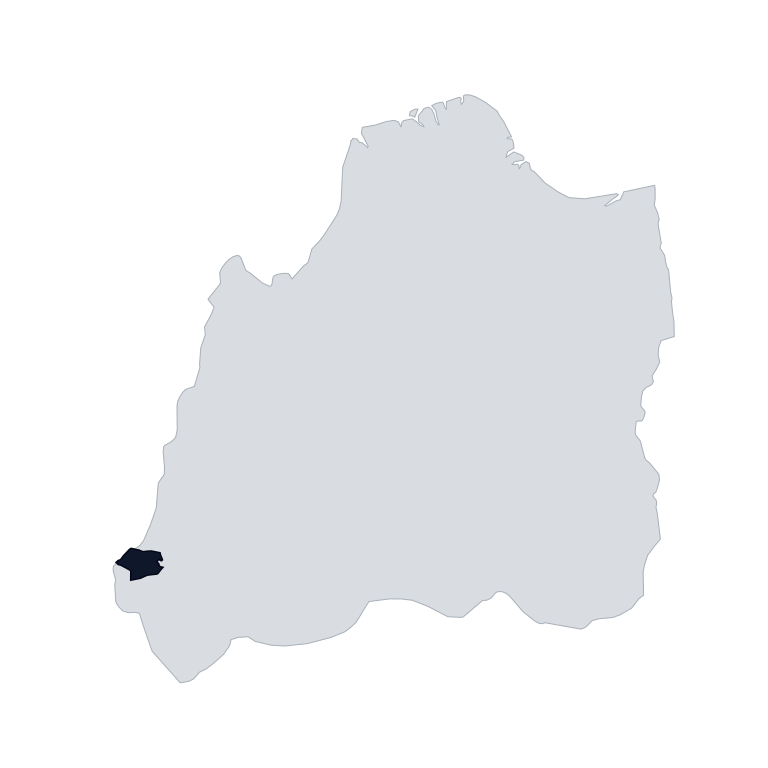 Bama, Borno, Nigeria (highlighted), rotated 171°
{"feature_id": "59680162B41357004175190", "entity_name": "Bama", "entity_type": "district", "adm_level": 2, "iso_a3": "NGA", "parent_name": "Nigeria", "parent_adm1": "Borno", "projection": "robinson", "projection_center": [13.793, 11.51], "detail": "fine", "context": "in_parent", "style": "filled", "palette": "ink", "viewbox_px": 768, "rotation_deg": 171, "n_neighbors": 0, "source": "geoboundaries", "source_scale": "gbopen_adm2", "svg_char_len": 5277}
<svg xmlns="http://www.w3.org/2000/svg" viewBox="0 0 768 768"><g transform="rotate(171 384 384)"><path d="M632.0,120.7L654.8,156.3L659.6,182.8L661.5,195.8L665.2,197.4L672.3,198.1L677.5,200.7L680.6,205.0L682.5,209.1L682.9,211.5L681.4,227.3L679.7,233.1L680.7,240.9L680.4,244.2L679.6,246.5L676.4,249.2L672.1,251.7L661.7,259.3L658.8,260.4L654.5,260.6L650.7,262.5L646.2,266.6L636.6,281.7L628.4,297.0L622.4,321.6L615.1,329.3L613.8,336.2L612.7,351.6L611.6,356.2L610.4,357.6L602.6,360.5L598.1,364.0L595.4,371.0L591.9,394.7L590.7,398.6L588.1,402.7L584.2,407.2L580.7,409.7L571.7,411.3L563.2,429.1L563.1,432.2L559.3,448.4L552.8,460.6L552.3,468.5L544.1,479.2L539.8,486.5L544.2,494.2L544.5,495.4L530.4,508.3L529.5,510.3L529.0,519.2L527.8,521.6L525.2,524.9L521.4,528.5L517.6,531.3L513.2,533.3L509.0,534.0L506.6,532.9L505.3,530.1L503.0,519.2L501.8,516.9L499.0,514.7L488.2,502.7L481.6,498.4L480.2,498.7L479.1,499.9L477.2,506.0L475.4,508.2L471.9,509.0L465.9,509.0L461.5,508.2L460.5,507.0L458.4,502.2L444.9,513.2L440.2,515.7L434.1,528.6L425.6,535.1L419.7,540.7L404.0,558.4L400.8,563.6L397.7,571.4L390.9,604.5L380.0,625.3L378.5,629.7L377.9,629.5L376.5,631.4L372.3,630.2L370.4,626.4L367.8,625.7L363.3,620.1L362.4,621.0L367.1,635.3L365.3,640.9L352.1,641.1L340.6,642.9L332.8,642.8L328.8,640.7L327.1,635.4L326.4,635.9L326.0,638.8L323.5,641.1L314.7,641.5L310.8,637.8L307.7,633.7L304.3,631.9L304.8,633.6L308.7,637.6L308.2,643.4L301.1,650.0L296.6,650.4L293.8,647.6L292.4,642.9L291.7,635.9L289.8,631.4L288.8,631.4L290.0,638.9L290.1,646.0L293.4,651.4L288.2,653.1L282.0,653.3L281.2,651.3L280.4,646.8L279.4,645.6L278.1,653.2L265.3,655.4L263.5,655.0L263.1,653.6L264.1,651.5L263.9,648.1L261.0,650.7L260.6,656.0L258.9,656.9L254.1,656.1L248.8,653.4L240.2,646.7L229.6,635.8L227.9,630.9L224.9,624.9L219.4,608.4L220.4,607.7L222.9,608.6L224.1,607.0L219.7,605.9L218.8,604.7L218.5,601.0L218.7,596.6L225.4,594.2L226.9,591.5L227.9,588.8L219.6,592.9L211.9,588.3L210.3,585.4L211.1,583.3L220.1,583.1L223.2,581.0L221.3,580.2L217.9,580.3L216.6,578.9L216.8,575.5L215.7,576.3L214.2,579.3L209.0,581.5L206.0,579.3L205.7,574.4L205.0,572.1L202.5,570.4L193.5,557.4L182.1,546.5L172.0,539.1L156.7,535.5L124.7,535.6L122.9,534.6L124.9,532.9L127.7,531.7L138.0,525.7L136.3,524.9L125.6,528.7L121.9,529.0L117.1,536.3L85.6,537.9L85.7,534.6L87.1,525.0L89.1,518.4L87.0,510.4L86.5,503.1L87.9,500.9L88.3,498.2L88.1,479.6L89.8,476.8L89.9,474.9L86.7,467.0L86.8,460.9L86.2,455.0L85.1,452.3L86.5,429.6L86.1,424.0L87.2,420.0L87.8,410.2L87.8,400.6L89.9,385.5L103.5,383.5L106.8,377.6L108.7,370.0L108.2,362.6L112.6,356.1L117.9,350.3L117.7,344.0L119.2,342.0L121.7,340.6L125.3,339.8L129.4,336.7L131.7,331.1L133.9,322.3L130.5,316.1L130.6,314.8L132.0,311.5L134.1,308.1L135.8,307.1L139.7,307.9L141.0,306.6L143.6,296.9L143.4,294.2L139.8,287.7L138.0,270.0L136.9,267.7L134.1,264.5L126.7,252.0L126.9,246.1L130.2,238.6L132.3,234.9L135.2,232.9L135.8,231.2L134.9,229.0L133.5,227.4L133.2,224.1L134.7,219.3L134.3,214.1L135.3,187.5L141.4,182.3L150.4,173.6L155.0,164.5L157.5,157.6L160.7,134.7L165.5,132.3L174.5,123.9L186.7,119.1L194.6,117.6L208.4,118.5L215.4,117.7L221.4,113.2L224.1,111.9L227.9,111.1L262.3,123.0L265.4,122.5L268.1,123.3L272.3,126.4L282.4,137.5L293.0,154.7L296.3,158.3L299.6,160.3L302.9,161.0L305.5,160.8L308.0,159.1L311.3,155.9L316.4,154.4L320.6,154.7L342.1,141.6L344.2,141.4L357.4,144.2L375.3,157.4L389.9,166.0L400.2,168.9L412.4,170.9L433.0,171.5L448.7,153.1L454.5,149.1L461.5,145.4L476.0,142.0L500.1,139.6L522.7,140.7L536.7,143.8L551.4,149.9L557.8,155.6L567.8,156.6L575.0,155.4L577.4,149.7L584.6,142.2L595.4,135.2L604.2,130.4L611.4,128.2L617.9,122.6L623.1,120.9L632.0,120.7ZM315.5,648.9L310.7,650.6L307.5,650.2L311.9,642.7L314.1,644.3L316.9,644.9L315.5,648.9Z" fill="#d9dde1" stroke="#a8b0b8" stroke-width="1"/><path d="M641.0,231.9L638.4,231.8L637.1,232.0L633.1,235.8L630.9,237.5L632.2,238.1L633.6,238.7L634.8,239.5L634.7,239.5L634.6,239.8L634.5,240.0L634.5,240.3L634.5,240.5L634.4,240.6L634.5,240.7L634.6,240.8L634.7,241.0L634.7,241.3L634.6,241.5L634.6,241.8L634.7,242.0L634.8,242.1L635.0,242.3L635.1,242.6L635.2,242.8L635.3,242.9L635.3,243.0L635.5,243.1L635.6,243.3L635.7,243.6L635.9,243.7L635.9,243.9L635.8,244.0L635.7,244.1L635.7,244.3L635.6,244.5L635.6,244.8L635.4,245.0L635.2,245.3L634.9,245.3L634.7,245.4L634.5,245.5L634.4,245.6L634.2,245.8L634.0,246.0L633.9,245.9L633.9,245.7L633.8,245.4L633.6,245.4L633.5,245.5L633.4,245.6L633.3,245.4L633.2,245.3L632.9,245.4L632.7,245.4L632.5,245.2L632.4,245.1L632.4,244.9L632.3,244.7L632.2,244.6L632.0,244.4L631.9,244.3L631.7,244.3L631.4,244.2L631.3,244.3L631.2,244.3L631.0,244.5L630.9,244.7L630.6,244.8L630.3,244.9L630.4,246.0L631.4,249.8L631.4,250.1L631.6,252.4L639.9,255.5L644.6,256.0L647.7,256.0L651.1,257.6L651.8,258.4L652.1,258.4L652.4,258.5L653.0,258.6L653.6,258.9L654.2,259.1L654.8,259.4L656.1,259.9L656.7,260.2L658.0,260.7L659.0,261.1L659.5,261.2L659.8,261.2L660.7,260.8L661.1,260.6L661.6,260.2L662.1,259.9L662.8,259.3L664.0,258.4L664.5,258.0L665.7,257.1L666.6,256.4L668.1,255.3L669.7,253.7L670.3,253.0L671.5,252.0L672.1,251.6L672.4,251.5L673.1,251.5L673.7,251.4L674.5,251.1L674.9,250.8L675.7,250.3L676.6,249.8L674.9,247.3L672.5,246.3L666.6,241.9L666.2,241.5L663.3,239.2L664.2,234.0L664.9,229.8L655.0,230.2L647.7,232.2L641.0,231.9Z" fill="#0f172a" stroke="#020617" stroke-width="1.5"/></g></svg>